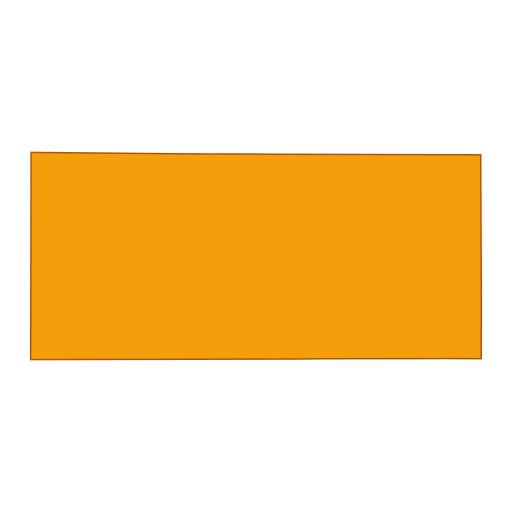 the district of Waushara, Wisconsin, United States of America
{"feature_id": "52423323B36009872159897", "entity_name": "Waushara", "entity_type": "district", "adm_level": 2, "iso_a3": "USA", "parent_name": "United States of America", "parent_adm1": "Wisconsin", "projection": "robinson", "projection_center": [-89.144, 44.114], "detail": "fine", "context": "isolated", "style": "filled", "palette": "amber", "viewbox_px": 512, "rotation_deg": 0, "n_neighbors": 0, "source": "geoboundaries", "source_scale": "gbopen_adm2", "svg_char_len": 298}
<svg xmlns="http://www.w3.org/2000/svg" viewBox="0 0 512 512"><path d="M267.0,154.2L253.0,154.0L190.2,153.9L31.1,152.4L30.7,359.6L302.5,359.0L328.0,358.7L440.3,358.6L442.0,358.5L455.7,358.6L481.2,358.7L481.3,291.3L480.7,154.8L267.0,154.2Z" fill="#f59e0b" stroke="#b45309" stroke-width="1.5"/></svg>